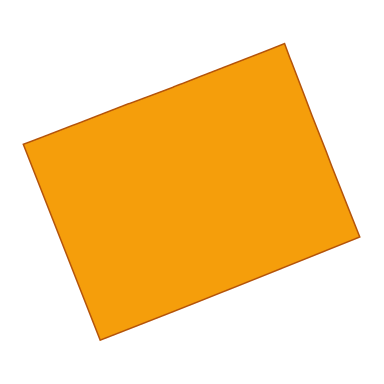 outline of Steuben, Indiana, United States of America, rotated 339°
{"feature_id": "52423323B27504102629323", "entity_name": "Steuben", "entity_type": "district", "adm_level": 2, "iso_a3": "USA", "parent_name": "United States of America", "parent_adm1": "Indiana", "projection": "natural_earth1", "projection_center": [-84.924, 41.643], "detail": "fine", "context": "isolated", "style": "filled", "palette": "amber", "viewbox_px": 384, "rotation_deg": 339, "n_neighbors": 0, "source": "geoboundaries", "source_scale": "gbopen_adm2", "svg_char_len": 514}
<svg xmlns="http://www.w3.org/2000/svg" viewBox="0 0 384 384"><g transform="rotate(339 192 192)"><path d="M331.5,144.4L331.5,134.1L331.5,122.4L331.5,111.2L331.5,107.0L331.4,102.0L331.6,86.6L322.3,86.7L317.8,86.8L240.9,87.1L220.5,87.3L220.0,87.2L212.9,87.2L212.0,87.4L165.4,87.0L164.2,86.8L108.5,87.1L104.3,87.0L69.1,87.1L51.6,87.0L53.2,297.4L134.5,296.9L215.0,295.9L332.5,294.1L331.7,219.3L331.7,216.2L331.8,202.7L331.8,201.9L331.4,163.8L331.5,144.4Z" fill="#f59e0b" stroke="#b45309" stroke-width="1.5"/></g></svg>